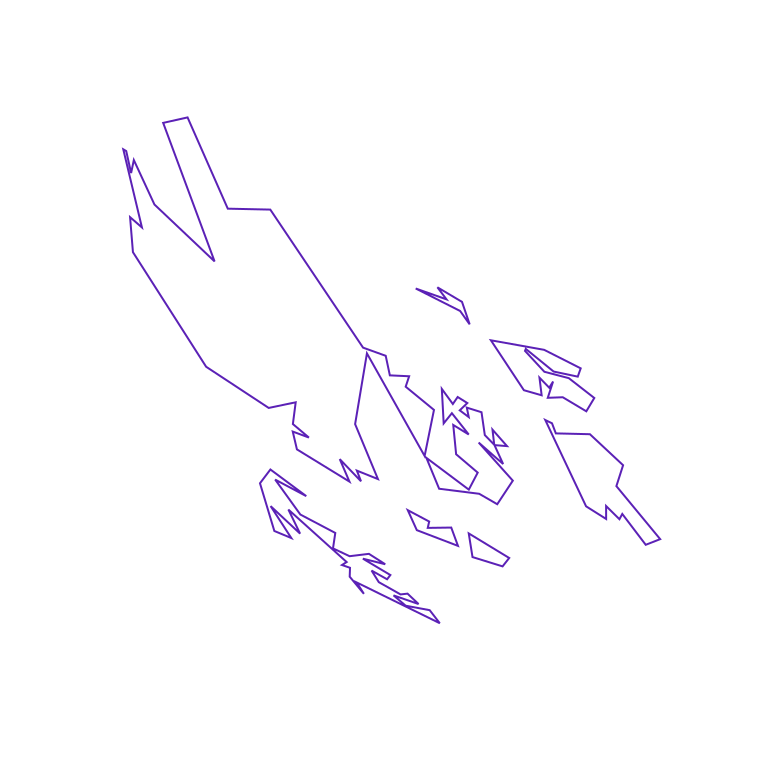 the district of Alstahaug nor, Nordland, Norway, rotated 281°
{"feature_id": "86288312B9312616634750", "entity_name": "Alstahaug nor", "entity_type": "district", "adm_level": 2, "iso_a3": "NOR", "parent_name": "Norway", "parent_adm1": "Nordland", "projection": "albers", "projection_center": [12.459, 65.887], "detail": "medium", "context": "isolated", "style": "outline", "palette": "violet", "viewbox_px": 768, "rotation_deg": 281, "n_neighbors": 0, "source": "geoboundaries", "source_scale": "gbopen_adm2", "svg_char_len": 1957}
<svg xmlns="http://www.w3.org/2000/svg" viewBox="0 0 768 768"><g transform="rotate(281 384 384)"><path d="M598.2,117.4L472.0,194.3L516.4,124.4L556.1,95.7L542.8,95.5L563.5,86.5L564.6,83.3L491.5,116.5L499.3,102.9L465.5,112.4L367.0,206.1L338.5,275.4L349.2,300.8L327.3,302.2L317.1,320.5L319.9,303.5L303.2,311.0L281.6,368.7L301.8,354.9L284.1,380.0L293.8,373.9L289.5,396.2L339.1,363.3L410.8,361.4L321.1,437.6L368.1,438.0L385.5,405.8L396.4,407.2L393.6,388.1L412.0,380.3L415.7,356.5L533.5,239.1L526.3,197.2L608.2,140.3L598.2,117.4ZM379.4,549.2L302.5,605.7L293.9,627.8L306.6,625.3L296.2,640.9L301.9,642.7L276.1,671.6L284.4,684.7L328.1,631.6L349.9,634.2L374.0,595.7L368.3,562.1L377.5,556.4L379.4,549.2ZM319.6,439.7L291.7,458.1L294.4,498.4L287.6,518.1L313.7,528.9L344.6,488.1L328.2,516.2L345.1,504.1L346.5,516.6L359.9,499.2L345.4,503.8L353.1,492.7L374.9,485.1L376.6,469.8L367.7,473.5L372.6,463.4L381.2,469.4L385.3,458.8L377.5,455.4L390.2,441.7L356.7,450.1L368.3,456.2L350.6,476.8L357.0,459.8L328.8,468.2L314.9,492.9L296.5,487.4L319.6,439.7ZM262.9,281.2L218.8,304.4L215.1,322.4L242.5,296.0L221.1,330.2L242.5,314.1L202.1,381.3L198.3,377.3L197.1,385.7L188.3,387.1L174.2,404.3L184.0,395.0L159.8,484.4L170.7,472.0L170.5,447.6L178.3,433.7L174.6,459.9L182.7,447.1L180.6,440.4L188.5,416.7L198.5,407.4L192.9,424.3L197.7,426.7L208.5,396.6L207.3,419.6L214.4,401.6L208.4,383.1L212.9,365.3L228.5,364.6L239.9,326.8L269.4,295.4L259.1,329.1L278.4,288.8L262.9,281.2ZM447.3,480.6L404.6,522.5L403.0,540.9L419.9,535.4L411.9,546.9L418.7,549.5L401.7,547.4L405.1,562.0L395.8,587.8L410.4,593.1L425.0,564.3L426.6,539.1L443.4,516.1L445.5,516.5L428.6,548.1L428.2,572.8L436.9,574.1L448.1,534.7L447.3,480.6ZM264.7,431.4L246.8,444.1L239.2,487.5L255.9,477.4L251.1,454.4L257.6,454.6L264.7,431.4ZM253.5,495.7L231.0,503.9L227.6,535.2L237.1,540.1L253.5,495.7ZM483.8,396.9L470.2,444.8L458.9,456.7L479.5,444.9L489.1,418.0L479.0,429.2L483.8,396.9Z" fill="none" stroke="#5b21b6" stroke-width="2"/></g></svg>